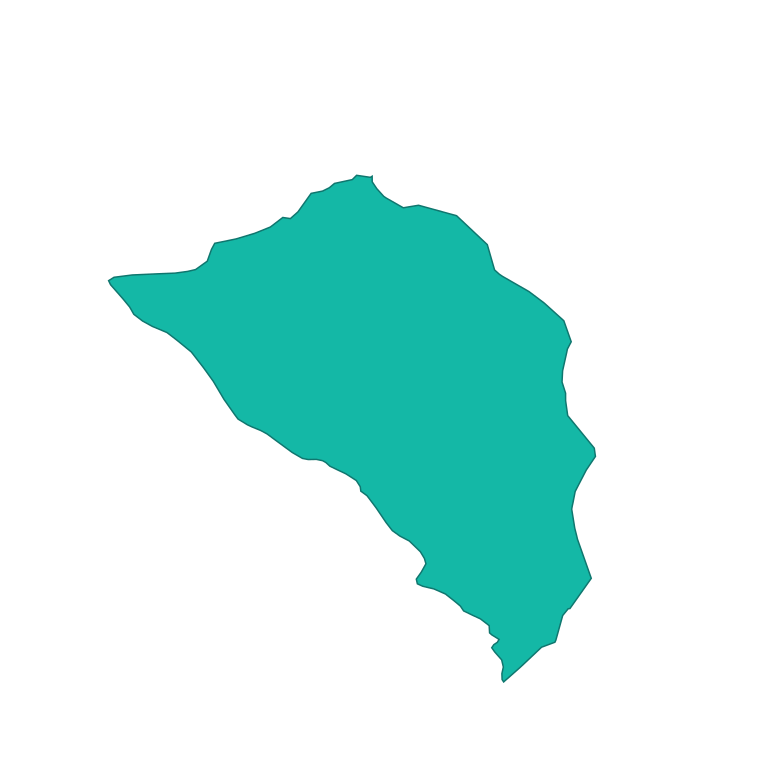 the district of Sanquin Dist #1, Sinoe, Liberia, rotated 124°
{"feature_id": "62588387B9002390323622", "entity_name": "Sanquin Dist #1", "entity_type": "district", "adm_level": 2, "iso_a3": "LBR", "parent_name": "Liberia", "parent_adm1": "Sinoe", "projection": "equal_earth", "projection_center": [-9.186, 5.483], "detail": "fine", "context": "isolated", "style": "filled", "palette": "teal", "viewbox_px": 768, "rotation_deg": 124, "n_neighbors": 0, "source": "geoboundaries", "source_scale": "gbopen_adm2", "svg_char_len": 1933}
<svg xmlns="http://www.w3.org/2000/svg" viewBox="0 0 768 768"><g transform="rotate(124 384 384)"><path d="M228.5,348.4L228.5,349.7L227.6,356.1L224.1,360.3L210.7,376.3L203.9,417.9L216.5,455.3L224.8,464.1L227.1,466.5L227.6,472.7L228.6,486.0L228.6,489.1L226.1,499.2L223.0,506.8L218.4,510.0L220.3,510.9L226.3,523.4L232.3,524.6L245.4,537.2L251.9,539.1L258.4,542.8L266.7,551.0L289.5,551.6L299.2,554.1L302.1,560.1L302.5,561.0L317.4,566.0L331.3,575.4L346.6,587.9L362.0,603.0L368.9,602.3L381.0,599.2L394.5,604.2L400.5,609.8L408.9,619.2L418.6,632.4L434.4,653.7L446.5,667.5L452.3,670.1L453.6,667.9L454.6,666.2L459.3,648.3L462.4,637.9L466.1,630.4L466.2,629.1L466.8,619.3L465.8,608.3L462.7,592.7L463.5,580.0L465.2,561.7L465.9,559.5L471.4,542.8L477.2,527.1L486.2,508.1L492.9,490.6L494.7,485.4L494.2,474.4L493.4,469.4L491.5,460.3L490.8,453.2L491.2,443.8L491.4,439.2L492.1,421.8L491.3,410.0L489.0,404.6L484.3,397.9L481.9,392.0L481.6,388.3L482.4,382.8L481.0,373.3L479.8,365.5L479.5,353.0L482.4,346.3L485.8,343.3L486.1,335.6L491.1,321.2L497.7,304.8L500.9,295.1L501.2,285.7L500.0,275.3L502.7,260.1L506.0,253.0L509.6,248.7L519.2,247.9L527.7,248.1L531.0,244.6L530.0,238.7L526.0,228.1L523.7,215.4L523.9,213.7L524.5,205.3L525.4,196.5L527.6,191.1L526.1,180.7L524.8,172.8L525.5,161.7L531.3,157.3L531.7,154.3L531.4,145.8L534.8,145.6L538.7,147.2L542.4,147.2L544.2,142.5L546.9,132.2L551.9,126.8L558.2,124.3L563.0,120.8L564.1,118.2L562.1,117.7L554.9,115.8L542.9,112.7L538.2,111.6L514.1,106.2L507.4,101.4L502.5,97.9L500.2,98.3L476.0,106.4L467.3,105.6L466.2,104.3L457.2,104.1L429.2,103.5L404.5,136.8L402.0,139.5L396.9,145.2L382.8,158.4L380.1,159.6L376.6,161.0L366.2,165.4L360.4,166.1L342.2,168.2L325.8,168.2L324.4,169.5L322.6,171.1L319.6,173.8L307.5,214.0L296.3,224.1L290.1,228.3L282.8,237.5L273.2,243.3L255.6,250.2L252.5,251.5L244.3,252.4L231.0,270.3L227.3,296.5L226.3,315.5L228.5,345.8L228.5,348.4Z" fill="#14b8a6" stroke="#0f766e" stroke-width="1.5"/></g></svg>